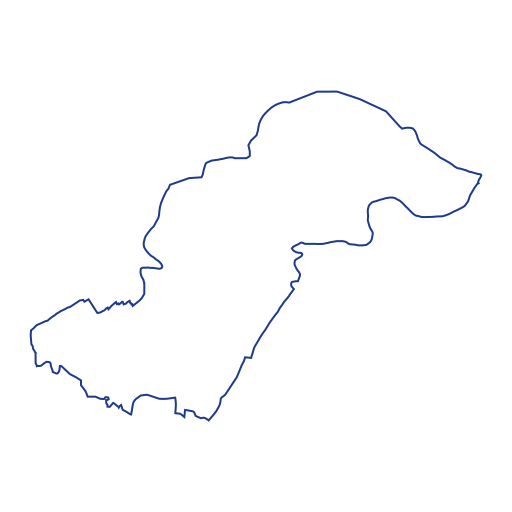 outline of Bani Al Harith, Amanat Al Asimah, Yemen
{"feature_id": "15242507B44519416711128", "entity_name": "Bani Al Harith", "entity_type": "district", "adm_level": 2, "iso_a3": "YEM", "parent_name": "Yemen", "parent_adm1": "Amanat Al Asimah", "projection": "albers", "projection_center": [44.252, 15.509], "detail": "fine", "context": "isolated", "style": "outline", "palette": "blue", "viewbox_px": 512, "rotation_deg": 0, "n_neighbors": 0, "source": "geoboundaries", "source_scale": "gbopen_adm2", "svg_char_len": 6040}
<svg xmlns="http://www.w3.org/2000/svg" viewBox="0 0 512 512"><path d="M87.7,396.7L95.4,396.7L97.2,397.4L100.0,398.7L102.8,399.0L104.3,398.9L105.0,397.6L106.0,397.1L108.2,397.5L108.7,399.1L107.7,399.9L106.1,400.1L106.3,403.3L107.5,405.0L107.4,406.6L109.3,406.9L110.0,406.6L111.4,404.9L113.2,402.9L114.0,403.3L118.5,407.0L118.8,407.6L119.3,406.7L120.0,405.8L121.1,405.0L122.7,409.8L126.2,411.7L130.3,414.3L131.1,414.5L131.3,413.8L132.8,404.7L133.2,403.0L133.8,401.6L135.1,399.9L136.0,398.9L140.8,395.5L146.2,394.8L147.3,394.8L158.8,398.6L159.8,398.8L164.4,398.9L167.5,398.7L174.5,397.7L175.2,397.7L175.6,400.4L175.9,404.6L175.6,409.5L175.3,413.2L179.9,413.7L180.5,414.0L181.7,414.8L184.3,417.0L185.1,409.9L192.7,411.3L193.5,411.7L194.2,412.4L194.6,413.4L195.7,415.9L197.5,416.8L200.9,418.2L201.6,418.1L202.8,417.8L203.8,417.7L205.1,418.1L205.6,418.3L207.5,419.6L208.2,419.9L208.7,420.4L213.2,415.1L216.1,411.4L218.6,407.1L219.2,406.0L219.6,404.9L220.3,402.4L220.8,398.7L221.2,398.1L221.8,397.3L224.0,395.8L224.8,395.1L225.5,394.3L236.4,377.8L237.1,376.5L242.0,364.6L243.4,362.1L243.9,361.1L245.1,357.3L251.2,357.9L251.4,356.7L252.0,355.0L252.4,353.6L254.0,348.3L254.8,346.4L258.2,340.8L260.0,337.6L262.5,333.7L265.4,329.7L269.8,322.4L275.6,314.5L276.4,313.6L277.4,312.4L278.2,311.1L279.6,308.4L281.2,306.0L282.3,304.7L282.9,303.6L284.2,301.8L286.9,298.6L289.0,296.0L290.2,294.0L292.0,291.7L293.9,289.1L291.4,286.2L291.1,284.5L291.3,283.0L291.9,282.0L295.1,281.3L297.9,281.2L299.9,275.9L300.0,274.3L299.5,273.1L298.8,271.9L297.8,270.8L296.4,268.5L294.6,264.7L294.5,263.2L294.9,260.5L295.9,259.6L301.0,256.5L301.9,255.6L302.3,254.2L301.5,253.1L300.1,252.8L298.7,252.8L297.3,252.5L295.8,252.0L293.6,250.7L292.7,249.7L291.9,248.3L292.7,247.3L293.8,246.4L298.7,244.0L300.3,242.9L301.5,242.6L302.8,243.0L305.3,243.9L316.4,243.9L317.9,244.0L322.2,243.9L323.5,243.8L326.2,243.2L327.6,243.0L329.5,242.4L335.7,241.3L337.2,241.1L342.3,241.1L345.0,241.6L346.3,242.1L348.6,243.8L350.2,244.3L351.6,244.3L353.0,244.5L354.3,244.6L355.9,244.8L357.4,245.2L359.1,245.4L361.9,245.4L364.9,245.1L366.3,244.9L367.5,244.1L368.8,243.2L370.1,242.1L371.0,240.9L371.7,239.2L372.1,237.7L372.7,234.4L372.7,232.8L372.3,231.5L371.5,230.4L370.1,227.8L369.5,226.4L367.9,220.9L367.8,219.6L368.1,217.0L368.1,215.7L368.0,214.1L367.8,212.7L367.8,211.2L367.8,209.8L368.5,206.8L369.1,205.4L369.9,204.4L370.9,203.4L372.1,202.3L373.3,201.8L375.8,201.2L381.0,199.5L382.5,199.2L385.3,198.3L386.6,198.1L390.1,197.5L392.7,197.6L394.1,197.8L395.4,198.3L397.9,199.8L399.1,200.3L400.4,201.2L402.9,203.4L405.0,205.8L407.3,207.9L411.8,212.5L414.1,214.5L415.2,215.2L416.5,215.8L417.8,215.9L420.4,216.7L421.8,217.0L423.5,217.1L432.1,216.9L436.4,216.5L442.5,216.3L443.9,215.9L448.5,214.3L449.8,213.7L453.9,211.5L457.8,209.8L460.8,208.2L462.1,207.6L464.8,205.9L465.7,204.6L467.8,201.8L468.9,199.2L469.2,197.9L469.7,196.5L470.4,194.8L474.7,187.5L477.2,184.0L478.6,183.3L478.0,182.3L478.5,180.9L479.1,179.4L480.0,178.2L480.6,176.9L481.2,175.5L481.3,175.1L480.9,174.5L479.3,174.1L478.0,174.0L471.0,172.0L469.4,171.7L467.5,171.1L466.4,170.4L465.0,170.0L459.8,168.5L458.4,168.4L457.1,168.0L454.1,166.2L453.2,165.3L450.0,163.1L448.6,162.2L447.2,161.5L444.8,160.0L443.3,159.2L442.0,158.6L440.2,157.6L435.1,153.4L432.3,151.4L430.8,150.5L429.3,149.4L426.9,147.9L421.4,144.5L420.3,143.5L419.6,142.3L418.0,138.9L417.5,137.5L417.2,136.1L416.2,133.5L415.5,131.9L414.6,130.4L413.5,129.2L412.7,128.4L410.0,127.8L408.6,127.7L405.9,127.8L403.0,128.4L402.2,128.7L399.5,126.3L386.0,111.3L359.7,99.1L337.1,91.6L317.0,91.7L289.2,102.6L286.6,102.2L283.6,102.2L282.1,102.5L280.6,103.0L279.2,103.4L277.8,104.0L276.3,104.6L275.0,105.3L271.2,107.7L267.4,111.2L265.1,113.5L262.9,116.1L262.2,117.4L261.2,119.0L260.5,120.4L259.3,123.2L258.4,127.4L257.9,130.7L257.0,133.6L256.5,135.3L251.0,140.6L248.4,145.3L249.8,151.4L249.8,155.5L249.7,156.2L246.4,158.2L234.7,158.2L233.5,157.7L232.3,157.4L229.5,157.4L226.4,157.9L223.0,158.8L221.7,159.0L220.4,159.2L218.7,159.6L211.6,160.6L207.3,162.4L206.1,163.1L205.4,164.3L203.7,169.9L202.8,174.3L202.3,175.6L201.5,177.3L189.1,178.1L170.0,184.8L168.3,188.9L166.7,190.7L165.9,192.1L163.4,197.3L161.1,202.9L159.9,207.3L159.6,210.0L159.3,211.6L159.1,214.6L158.7,216.6L158.3,218.0L156.4,221.4L155.7,222.6L154.0,226.0L153.0,227.1L151.0,229.0L147.2,233.9L145.6,236.3L144.6,238.9L144.3,240.3L143.7,243.0L143.8,245.6L144.2,247.2L144.8,248.4L146.5,251.0L148.5,253.3L150.4,255.2L151.6,256.2L152.8,256.8L154.2,257.8L156.5,259.8L157.8,260.5L158.8,261.3L160.9,263.5L161.8,265.0L162.3,266.4L161.6,268.1L160.3,268.6L159.0,268.8L157.5,268.5L153.1,267.9L150.3,267.9L148.7,267.6L143.1,267.7L141.8,268.0L140.8,268.8L140.7,270.1L140.5,271.7L140.6,273.3L141.1,275.1L141.5,276.4L142.2,277.7L142.9,278.9L143.5,280.1L144.2,283.2L144.3,283.2L144.3,293.0L144.3,293.9L143.4,295.4L141.8,298.1L140.7,299.3L139.6,300.4L137.9,301.8L134.2,304.8L132.6,306.0L132.4,305.6L132.2,304.9L132.2,304.1L131.3,304.1L130.9,303.1L130.4,303.1L129.8,301.6L129.8,301.3L129.6,300.8L126.8,302.5L126.4,303.4L123.7,304.4L122.7,301.8L122.2,301.8L119.4,304.2L119.0,304.4L118.5,303.5L116.9,304.2L116.0,302.0L111.4,305.9L108.8,308.9L108.4,309.3L107.7,307.6L106.3,308.3L105.3,309.5L104.3,310.4L102.8,311.0L102.1,311.5L100.2,312.5L97.4,313.0L88.5,299.3L84.4,301.7L83.3,299.9L79.8,300.5L69.8,307.1L68.1,307.4L64.6,309.3L60.6,311.2L58.5,312.6L56.7,313.6L54.4,315.5L53.3,316.1L50.8,317.9L49.1,319.3L47.6,320.7L45.7,321.1L36.6,325.2L33.8,328.0L33.7,328.2L31.0,330.4L30.7,335.5L31.4,344.3L32.6,345.9L32.9,347.6L33.2,349.0L33.9,350.1L34.6,351.1L34.8,351.7L35.8,353.1L35.5,354.0L35.6,356.5L35.6,363.2L35.9,363.7L36.5,364.7L36.9,366.2L37.4,366.0L39.6,366.0L41.1,365.7L41.7,365.3L42.4,364.6L43.2,364.1L43.9,363.4L45.0,362.7L45.6,362.4L46.4,361.8L48.4,362.0L49.8,362.3L50.6,363.4L51.0,366.1L51.4,367.6L52.7,370.7L52.7,372.0L54.6,372.7L56.3,373.5L57.5,373.4L59.0,371.5L59.5,369.5L59.9,366.0L60.9,365.9L61.5,366.2L69.9,374.1L76.4,377.5L81.0,380.4L81.0,385.2L81.9,386.3L85.5,391.2L86.3,393.0L87.7,396.7Z" fill="none" stroke="#1e3a8a" stroke-width="2"/></svg>